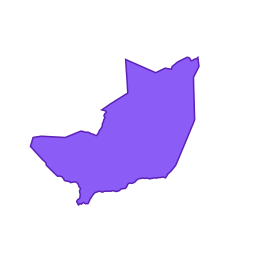 Riachão do Jacuípe, Bahia, Brazil (Equal Earth projection), rotated 62°
{"feature_id": "56859067B71241213930748", "entity_name": "Riachão do Jacuípe", "entity_type": "district", "adm_level": 2, "iso_a3": "BRA", "parent_name": "Brazil", "parent_adm1": "Bahia", "projection": "equal_earth", "projection_center": [-39.393, -11.797], "detail": "fine", "context": "isolated", "style": "filled", "palette": "violet", "viewbox_px": 256, "rotation_deg": 62, "n_neighbors": 0, "source": "geoboundaries", "source_scale": "gbopen_adm2", "svg_char_len": 2418}
<svg xmlns="http://www.w3.org/2000/svg" viewBox="0 0 256 256"><g transform="rotate(62 128 128)"><path d="M189.6,118.4L188.7,116.6L187.8,115.2L187.2,114.0L186.7,112.0L186.2,110.1L184.2,105.3L183.2,103.2L175.2,93.4L174.4,92.4L167.5,84.0L153.7,67.2L152.0,65.3L133.5,56.1L125.6,52.2L123.9,51.4L114.0,46.4L111.6,43.0L106.9,36.4L98.5,33.2L98.9,34.5L98.6,36.2L98.4,37.5L98.7,39.1L97.9,41.0L96.6,40.8L95.6,40.7L94.3,41.3L93.3,42.6L93.0,53.1L93.9,57.4L94.5,60.3L96.5,62.0L92.6,67.1L92.2,77.6L88.5,80.5L71.3,94.1L70.0,95.1L66.4,97.9L80.1,104.1L88.6,107.9L92.8,109.9L97.1,111.8L97.2,114.6L97.5,118.3L97.8,122.9L98.0,126.1L98.2,128.2L98.4,130.8L98.5,132.5L98.7,134.0L99.7,142.6L101.0,141.2L102.7,139.5L104.1,139.8L104.4,141.6L105.1,142.6L106.1,143.6L107.5,143.3L108.3,143.8L109.1,145.1L109.9,146.1L111.0,146.8L111.9,148.3L112.8,149.0L114.0,149.6L114.8,150.5L115.6,151.8L116.2,152.9L116.7,154.2L117.4,155.2L118.3,156.2L119.1,157.5L119.9,159.3L119.3,160.3L117.5,161.3L116.7,162.4L115.6,163.4L114.5,164.0L113.1,165.1L111.3,168.2L109.7,169.5L108.6,171.2L106.9,187.9L94.6,208.3L92.4,214.4L91.8,216.2L98.5,222.8L115.5,218.4L119.5,217.0L120.5,216.9L121.6,217.3L122.6,217.6L137.2,213.0L137.9,212.2L138.3,210.9L139.5,209.8L140.4,209.0L141.3,209.0L142.5,208.7L143.9,208.8L145.2,208.3L146.2,206.8L147.4,205.6L148.0,204.6L149.1,204.5L149.6,203.3L150.1,201.7L150.7,199.9L152.0,198.9L153.7,198.4L155.5,198.5L156.8,198.8L157.7,198.7L159.2,198.3L160.1,199.4L160.9,200.4L162.2,200.9L163.4,201.1L164.7,201.4L165.4,202.3L166.5,202.8L167.5,204.0L167.6,205.8L168.2,207.2L169.3,208.0L170.5,207.7L171.8,208.0L172.7,207.8L172.3,205.7L173.4,204.9L173.0,203.8L172.7,202.6L173.7,202.0L174.9,201.0L175.7,199.6L175.9,198.5L174.9,197.4L174.2,196.2L173.0,194.9L172.1,193.0L171.2,191.7L170.3,189.7L169.8,188.4L169.6,186.9L170.0,185.3L170.1,183.8L170.6,182.3L172.0,181.5L172.8,180.2L172.7,178.7L173.5,177.1L174.3,175.5L175.2,173.9L175.8,172.7L176.0,171.4L176.7,170.1L177.7,169.2L178.7,167.9L179.0,166.5L179.2,165.3L178.9,163.9L178.6,162.3L179.4,160.6L180.0,159.0L179.7,157.6L178.9,156.2L177.7,155.0L177.3,153.6L177.5,152.2L178.6,150.7L179.0,148.7L178.8,146.9L178.2,145.3L177.9,143.6L177.9,142.1L178.5,140.7L179.0,138.8L179.9,137.4L180.7,136.3L180.9,135.0L182.0,133.8L182.9,133.1L183.3,131.8L183.9,130.0L184.5,127.7L185.5,126.7L186.0,124.7L186.9,122.7L187.3,121.4L187.8,120.0L188.6,119.3L189.6,118.4Z" fill="#8b5cf6" stroke="#5b21b6" stroke-width="1.5"/></g></svg>